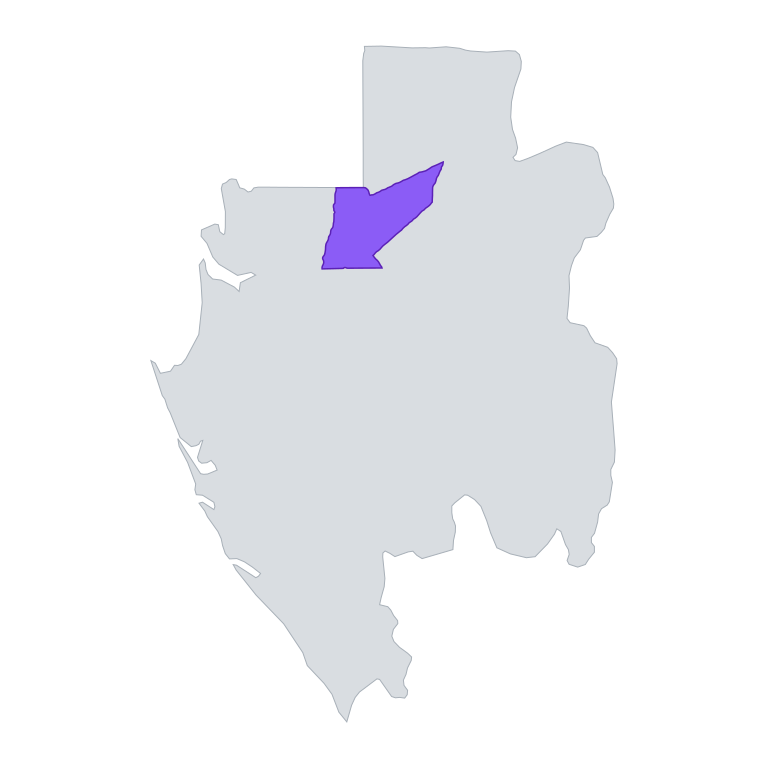 Okano, Wouleu-Ntem, Gabon (highlighted)
{"feature_id": "22940354B24104320747688", "entity_name": "Okano", "entity_type": "district", "adm_level": 2, "iso_a3": "GAB", "parent_name": "Gabon", "parent_adm1": "Wouleu-Ntem", "projection": "equal_earth", "projection_center": [11.511, 0.744], "detail": "fine", "context": "in_parent", "style": "filled", "palette": "violet", "viewbox_px": 768, "rotation_deg": 0, "n_neighbors": 0, "source": "geoboundaries", "source_scale": "gbopen_adm2", "svg_char_len": 5981}
<svg xmlns="http://www.w3.org/2000/svg" viewBox="0 0 768 768"><path d="M521.3,61.4L520.9,69.0L514.5,87.6L511.5,101.9L510.7,117.2L512.5,129.5L515.6,138.2L517.6,147.8L516.0,154.4L513.0,157.3L515.1,160.6L519.7,161.4L527.7,158.5L539.8,153.4L555.8,146.1L566.3,142.1L583.6,144.6L592.9,147.4L597.6,152.6L602.8,174.5L605.3,177.8L609.5,187.1L613.0,198.3L613.8,204.0L613.4,208.1L609.8,214.2L605.9,223.1L604.5,228.5L601.2,232.5L597.0,236.4L585.4,238.0L583.6,240.3L580.4,249.8L574.3,257.9L571.5,265.5L569.0,275.6L569.5,288.1L568.3,306.2L567.0,318.4L570.1,322.7L583.9,325.7L586.6,328.1L590.3,335.7L595.0,342.8L607.7,347.3L612.6,352.7L616.6,358.7L617.1,363.6L614.2,383.2L611.4,402.0L612.5,416.3L613.6,430.0L615.1,450.0L614.4,462.1L610.8,469.5L610.8,475.4L612.4,482.4L609.3,501.8L607.2,505.1L601.5,508.7L598.6,513.9L597.6,522.1L594.5,533.3L591.4,537.4L591.4,542.6L594.4,546.4L594.4,552.2L588.7,559.2L585.3,564.5L577.7,567.1L569.1,564.3L567.1,560.5L569.2,554.4L568.4,549.6L565.5,544.6L560.9,531.5L556.8,528.8L554.5,534.1L547.5,544.0L535.1,556.7L526.4,557.7L510.4,553.9L496.9,547.8L490.6,532.9L486.7,520.6L480.9,506.3L474.5,499.5L467.6,495.2L464.6,494.9L454.7,502.9L451.8,506.0L451.8,512.7L452.7,518.9L454.2,521.9L455.5,525.9L455.3,532.1L453.5,540.4L452.9,549.6L422.1,558.6L416.8,555.3L412.9,551.2L408.2,551.9L394.9,556.6L390.0,553.4L385.1,551.0L382.9,553.0L382.7,556.9L384.9,578.4L384.2,586.7L381.2,597.4L379.6,604.7L387.8,606.7L390.8,610.1L393.6,615.5L397.6,620.6L397.8,623.6L393.4,629.3L391.8,636.2L394.0,641.6L399.5,647.3L407.6,653.2L411.6,657.0L411.2,660.5L407.5,668.0L406.0,674.4L403.4,680.1L404.0,685.4L407.6,690.3L407.2,694.7L404.7,698.1L399.7,697.4L395.4,697.8L391.6,696.5L379.6,679.4L376.9,678.9L359.5,692.0L355.2,697.4L351.6,705.2L346.8,721.9L338.9,712.2L332.0,694.3L324.1,683.4L307.3,665.6L302.8,652.6L283.7,623.8L256.1,595.1L236.2,570.1L233.2,564.6L236.5,565.2L255.8,577.7L258.4,576.3L260.6,573.5L252.3,567.0L244.4,561.8L236.9,558.6L229.5,558.9L225.3,553.6L222.6,545.6L221.2,538.7L217.9,531.5L207.4,516.7L204.8,511.0L199.0,503.2L202.5,502.2L213.9,509.6L214.9,506.7L213.9,502.3L202.5,495.2L196.3,494.7L194.9,489.8L195.7,484.0L187.6,462.4L179.1,446.3L177.8,438.6L200.6,473.7L203.7,474.3L207.7,474.0L217.1,470.1L215.3,465.4L211.1,460.4L206.9,462.7L201.6,463.2L198.7,461.0L197.5,457.4L202.8,440.4L200.5,441.2L198.8,444.3L195.9,445.7L191.3,446.6L180.1,437.5L170.2,412.8L167.6,407.8L164.9,399.2L162.3,395.6L150.9,360.6L155.3,363.2L160.4,373.3L170.5,371.2L174.5,365.3L177.9,365.5L181.4,364.2L185.9,358.7L198.8,334.5L202.2,302.7L201.1,283.7L199.2,265.0L203.5,259.0L205.2,262.9L206.0,269.6L208.0,274.5L212.6,279.0L221.2,280.1L234.4,287.1L239.1,291.5L240.4,282.7L255.7,275.1L251.1,272.4L237.5,275.4L218.9,264.2L212.8,257.0L207.0,243.4L201.1,236.3L201.5,229.9L214.8,224.1L218.3,224.7L219.8,231.7L223.4,234.6L224.7,233.7L225.3,227.7L225.4,211.6L221.3,188.6L222.5,184.1L226.2,182.5L229.5,179.5L231.7,178.9L236.2,179.5L238.5,184.8L239.7,187.8L244.3,189.1L248.0,192.0L251.3,191.2L253.9,187.9L257.9,187.2L270.0,187.2L281.0,187.3L302.9,187.4L324.9,187.5L346.8,187.6L363.3,187.6L363.2,174.5L363.2,154.2L363.1,130.2L363.0,107.2L362.9,85.9L362.8,60.7L363.7,53.5L364.8,50.5L364.4,46.4L381.3,46.1L412.1,47.9L425.5,47.7L429.3,48.0L446.1,46.8L459.7,48.3L465.4,50.1L470.6,51.0L486.9,52.1L508.1,50.7L515.4,51.1L519.4,54.6L521.3,61.4Z" fill="#d9dde1" stroke="#a8b0b8" stroke-width="1"/><path d="M322.0,267.9L322.1,268.9L334.3,268.6L342.4,268.4L343.4,268.3L344.1,267.7L344.9,267.5L346.1,267.7L346.8,268.1L347.8,268.2L360.0,268.1L378.9,268.0L382.0,268.0L381.9,267.6L381.5,266.6L380.5,265.5L379.8,264.1L378.4,261.7L377.1,260.2L375.6,258.9L374.0,256.9L373.4,256.1L373.0,255.5L373.8,254.8L374.8,253.6L375.6,252.6L376.7,251.6L378.1,250.8L379.9,249.3L382.7,246.1L384.5,244.6L387.6,242.2L392.5,237.7L396.1,234.4L398.7,232.3L400.4,230.9L401.5,230.1L402.7,228.6L403.3,228.0L404.8,226.6L406.3,225.6L407.8,224.4L409.0,222.9L410.3,222.0L411.7,221.1L412.5,220.3L413.5,219.1L414.8,218.4L416.8,216.8L420.1,213.1L421.9,211.2L422.8,210.6L423.9,210.0L425.6,208.2L427.8,206.7L429.3,205.5L430.4,204.4L431.4,203.0L432.2,202.2L432.3,199.2L432.4,197.3L432.5,195.5L432.5,192.3L432.6,187.7L432.8,186.6L433.5,185.2L434.1,184.3L435.0,183.3L435.6,181.9L436.2,179.8L436.4,178.6L436.9,177.4L437.5,176.4L438.1,175.7L438.5,174.9L439.0,173.6L439.5,172.3L440.0,171.1L440.6,170.2L441.2,169.1L441.3,168.3L441.4,167.4L441.6,166.7L442.5,165.6L442.9,164.3L443.1,163.0L443.2,162.0L442.6,162.2L440.6,163.1L438.1,164.3L434.9,165.7L432.1,166.8L429.1,168.8L425.8,170.8L421.9,171.9L419.3,172.3L418.4,172.9L417.2,173.7L414.3,175.2L411.6,176.7L407.8,178.7L406.1,179.4L405.0,179.8L404.1,180.1L403.5,180.2L402.6,180.7L401.5,181.4L399.6,182.4L398.3,182.9L396.9,183.2L395.7,183.5L394.8,184.0L393.8,184.5L392.5,185.5L391.7,186.2L390.2,186.8L389.1,187.3L387.9,187.7L387.0,188.3L386.2,188.8L385.3,189.3L384.1,189.6L382.3,190.1L381.4,190.4L380.5,191.2L378.6,192.2L376.7,192.8L375.2,193.8L373.4,194.7L372.4,194.9L371.5,194.9L370.7,195.2L370.1,195.3L369.8,195.0L369.4,194.1L369.1,193.3L368.9,192.4L368.6,191.4L368.2,190.5L367.7,189.7L366.5,188.6L365.6,187.9L364.9,187.7L363.9,187.6L363.1,187.6L362.8,187.6L357.7,187.6L340.9,187.7L336.1,187.8L336.2,189.1L336.2,190.1L336.0,191.1L335.5,192.5L335.1,194.0L335.0,195.0L335.0,197.1L335.0,199.3L335.0,201.7L334.9,203.1L334.5,203.6L334.0,204.2L333.5,205.0L333.4,206.9L333.7,208.3L333.9,209.1L333.8,210.0L334.0,210.8L334.6,211.4L334.8,212.5L334.5,213.1L334.0,213.8L334.0,218.0L333.9,220.3L333.8,221.8L333.4,223.2L333.3,224.6L333.1,226.1L332.9,227.0L332.4,228.0L331.6,228.9L331.0,229.9L330.7,231.1L330.6,232.3L330.5,233.3L330.1,234.5L329.2,236.0L328.8,236.5L328.5,237.7L328.4,239.1L328.1,239.9L327.6,241.0L326.9,242.2L326.2,243.5L325.9,244.6L325.6,246.6L325.5,249.2L325.3,251.1L325.0,252.8L324.6,254.4L324.0,255.6L323.5,256.1L322.8,257.2L322.6,258.0L322.7,258.9L323.0,259.6L323.5,260.5L323.7,261.7L323.7,262.8L323.3,264.2L322.8,265.2L322.3,266.2L322.0,267.8L322.0,267.9Z" fill="#8b5cf6" stroke="#5b21b6" stroke-width="1.5"/></svg>